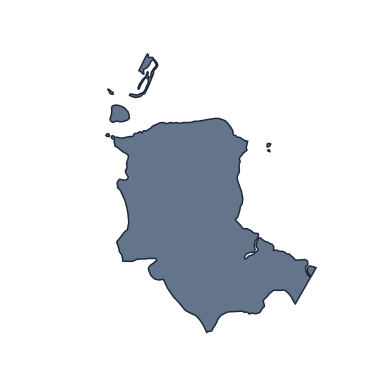 outline of Ngermid, Koror, Palau, rotated 336°
{"feature_id": "81905179B43507284949030", "entity_name": "Ngermid", "entity_type": "district", "adm_level": 2, "iso_a3": "PLW", "parent_name": "Palau", "parent_adm1": "Koror", "projection": "albers", "projection_center": [134.502, 7.348], "detail": "fine", "context": "isolated", "style": "filled", "palette": "slate", "viewbox_px": 384, "rotation_deg": 336, "n_neighbors": 0, "source": "geoboundaries", "source_scale": "gbopen_adm2", "svg_char_len": 5396}
<svg xmlns="http://www.w3.org/2000/svg" viewBox="0 0 384 384"><g transform="rotate(336 192 192)"><path d="M148.3,326.3L148.6,326.2L149.9,326.1L153.5,326.9L156.4,324.6L157.8,323.9L160.0,322.2L161.2,321.4L163.8,318.8L167.2,317.0L168.8,316.4L172.4,316.2L175.3,316.1L178.2,316.9L180.5,317.9L188.7,321.0L190.0,321.6L190.4,322.8L191.7,323.5L192.3,323.8L194.0,324.4L194.6,326.7L197.2,327.0L198.5,327.8L201.1,329.3L204.8,329.7L206.6,328.6L209.2,326.8L211.3,326.1L212.0,325.2L212.6,321.0L213.6,319.7L218.0,318.1L220.2,316.9L221.6,316.2L225.1,315.4L226.6,314.9L232.8,317.9L234.4,318.4L236.0,318.8L237.4,320.4L238.9,323.9L239.9,327.5L240.2,330.0L240.2,332.1L240.4,334.5L240.9,336.2L266.0,317.9L264.7,316.8L263.8,314.1L263.7,312.0L264.2,309.3L265.5,306.6L268.3,305.4L269.0,304.1L269.3,302.2L268.9,300.9L267.3,299.4L263.1,298.1L261.4,297.2L259.5,296.8L258.3,295.1L257.9,293.2L256.8,291.0L255.5,288.0L253.5,287.4L252.5,284.9L250.6,283.1L247.7,281.7L246.1,279.8L242.7,278.2L243.9,276.5L244.5,274.8L244.0,272.6L242.0,270.6L241.1,268.9L239.4,267.5L238.1,266.1L237.1,264.3L235.8,261.7L234.6,261.1L233.2,261.9L230.6,264.4L229.6,265.6L229.1,266.4L228.6,268.2L228.8,269.8L228.8,271.1L228.7,271.9L226.7,272.7L224.0,273.5L222.1,274.0L219.3,273.8L218.1,273.6L216.1,274.3L214.5,274.8L213.5,275.0L213.1,274.5L213.1,273.6L213.5,272.8L214.4,272.2L215.6,271.2L216.6,270.8L218.1,270.8L220.0,270.7L221.4,270.9L221.9,271.6L223.0,271.8L224.5,271.8L225.3,271.3L226.2,270.3L226.5,268.8L227.0,266.7L228.3,264.5L229.7,262.4L230.5,262.0L231.2,262.0L231.9,261.6L232.9,261.0L234.5,259.4L234.7,259.2L234.9,258.9L235.2,258.4L235.5,257.9L235.5,257.0L235.0,256.5L233.6,255.7L232.2,255.0L231.1,253.4L230.3,251.4L227.4,248.0L223.7,246.2L222.7,242.0L220.9,237.1L220.6,235.7L220.8,234.3L222.8,233.8L224.0,233.1L228.5,227.8L229.9,225.4L233.0,223.1L235.7,218.8L236.6,215.3L237.4,211.2L238.2,201.1L238.7,198.4L239.5,196.7L240.4,195.3L243.0,193.4L244.0,191.8L245.6,187.3L246.3,186.0L248.4,183.7L248.8,180.9L250.3,179.4L251.8,179.0L253.7,177.9L254.9,177.2L256.7,176.9L259.3,176.1L259.5,173.6L263.5,168.3L261.3,166.6L260.1,165.1L258.0,161.6L255.4,160.2L254.9,158.1L253.3,157.2L253.1,155.8L254.1,153.1L254.1,151.4L253.6,147.7L252.5,143.1L251.2,140.3L248.9,137.9L246.0,135.5L243.2,134.2L233.2,131.5L228.0,130.3L225.6,129.5L223.3,128.5L220.4,128.1L217.9,127.5L212.4,125.0L209.3,124.4L208.0,123.7L206.1,122.3L203.0,121.4L200.9,119.8L196.4,119.2L194.9,117.5L193.7,116.7L190.9,115.8L182.6,115.8L180.6,116.8L175.3,117.6L172.8,116.4L170.3,117.7L169.7,116.1L168.5,115.7L165.7,116.0L164.0,115.3L162.2,115.7L160.5,117.3L157.8,116.0L150.7,114.5L148.9,113.8L145.4,111.2L143.4,110.5L143.1,108.7L141.3,108.2L140.4,109.6L140.8,110.9L142.5,112.5L141.3,114.4L140.8,117.3L140.3,118.7L142.2,121.2L144.8,126.5L145.7,127.9L147.9,130.6L148.4,132.1L148.5,133.6L147.0,135.7L144.3,138.5L143.5,140.1L143.1,141.8L142.5,143.3L141.0,144.6L139.7,145.6L139.3,147.0L139.5,150.0L139.9,152.3L139.0,153.5L136.8,154.2L135.3,153.8L133.8,152.8L131.2,150.9L129.0,151.7L127.4,153.1L126.8,154.3L126.4,158.0L125.9,157.9L127.2,161.5L127.2,164.8L127.3,172.3L126.2,179.2L126.0,180.6L124.5,186.4L121.8,194.2L117.8,200.0L113.4,201.3L108.9,203.9L107.0,204.9L103.5,206.6L102.7,207.7L102.3,213.6L101.4,217.1L102.2,220.4L101.6,224.3L100.6,227.0L109.2,231.1L114.0,231.1L119.0,232.7L121.6,233.9L126.4,235.5L132.0,238.1L131.7,240.3L123.8,242.2L121.4,243.6L120.5,246.0L120.5,251.8L122.3,256.0L125.5,258.7L130.4,260.3L130.5,269.9L131.6,276.0L132.4,280.2L134.8,286.9L137.8,297.6L141.8,302.6L145.3,306.5L147.2,312.3L148.2,318.9L148.3,325.4L148.3,326.3ZM162.5,85.1L160.2,83.0L157.6,81.5L155.1,81.0L153.0,81.8L152.3,84.0L150.6,87.4L148.6,89.9L146.7,92.1L146.5,94.2L148.3,96.4L150.6,96.3L152.7,96.8L153.9,97.9L154.4,98.3L156.9,99.4L158.9,99.8L162.7,100.0L165.0,99.0L164.9,98.5L165.9,95.8L166.2,92.7L165.2,90.2L164.9,88.4L163.8,86.8L162.5,85.1ZM207.5,47.8L205.4,49.1L192.8,59.5L193.3,60.2L194.2,61.4L194.7,62.9L195.3,64.4L196.2,64.4L196.8,62.2L197.6,60.3L201.3,60.2L204.8,58.6L207.3,56.2L209.6,55.4L210.3,55.4L210.8,57.0L211.0,59.5L211.1,61.5L209.3,62.8L206.9,63.9L203.8,65.9L202.2,68.1L201.5,69.6L200.1,70.3L199.2,69.6L199.2,66.8L200.7,65.1L200.2,64.1L198.5,65.6L197.2,67.0L195.9,68.0L192.9,69.0L187.5,72.4L184.9,75.1L184.8,76.3L185.7,76.3L188.4,73.5L192.4,70.8L195.3,69.0L197.3,69.5L197.8,71.7L196.1,74.8L193.6,76.6L191.5,79.0L189.0,80.7L188.1,81.2L181.7,81.2L175.4,77.2L174.2,78.3L176.8,81.1L178.2,82.3L182.1,83.6L184.8,83.6L186.5,82.7L188.8,82.9L195.5,77.4L205.0,68.2L205.6,66.9L206.2,65.7L208.6,64.7L210.5,63.9L212.3,62.4L212.5,59.3L211.0,54.5L210.9,54.1L210.9,53.2L209.3,52.3L209.1,52.2L207.9,51.9L207.0,50.9L207.9,49.0L207.5,47.8ZM274.6,311.6L272.4,309.6L270.0,307.8L268.8,307.3L266.8,308.2L265.4,310.7L265.2,312.1L265.4,314.1L266.0,316.2L266.6,317.5L267.1,317.2L274.6,311.6ZM157.4,67.0L157.0,68.3L158.2,69.9L159.7,70.6L160.4,68.9L159.6,67.8L158.7,66.2L158.1,64.6L157.1,63.9L156.8,64.4L156.8,64.8L157.3,66.7L157.4,67.0ZM279.1,180.7L279.1,181.5L280.3,181.8L281.4,181.8L281.5,181.7L281.9,181.3L283.2,180.7L283.4,179.8L282.5,179.5L281.9,178.9L281.1,178.5L280.1,178.9L279.7,180.0L279.1,180.7ZM136.9,104.9L136.3,105.3L136.5,106.1L137.4,106.7L138.0,107.3L139.0,107.6L139.6,107.0L139.6,105.7L139.5,104.8L138.3,104.2L137.8,104.5L136.9,104.9ZM278.0,184.7L278.1,185.3L278.5,186.0L279.5,186.8L279.9,186.0L279.8,185.1L279.5,184.6L278.7,184.5L278.0,184.7Z" fill="#64748b" stroke="#1e293b" stroke-width="1.5"/></g></svg>